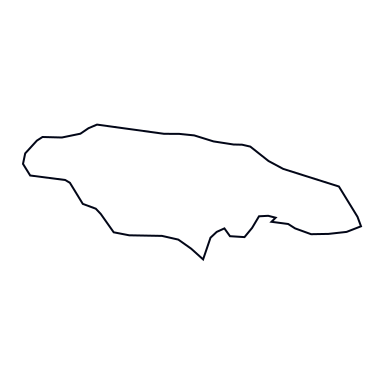 Jamaica, Mercator projection
{"feature_id": "JAM", "entity_name": "Jamaica", "entity_type": "country or territory", "adm_level": 0, "iso_a3": "JAM", "parent_name": "North America", "parent_adm1": "", "projection": "mercator", "projection_center": [-77.28, 18.119], "detail": "fine", "context": "isolated", "style": "outline", "palette": "ink", "viewbox_px": 384, "rotation_deg": 0, "n_neighbors": 0, "source": "natural_earth", "source_scale": "50m", "svg_char_len": 690}
<svg xmlns="http://www.w3.org/2000/svg" viewBox="0 0 384 384"><path d="M194.2,135.4L213.5,141.4L233.5,144.5L242.1,144.7L250.3,146.6L268.5,161.0L283.2,168.9L338.9,186.5L357.5,216.8L361.0,226.3L346.6,231.9L328.5,233.9L311.1,234.2L295.1,228.4L288.2,224.0L271.5,221.8L275.6,217.7L268.2,215.8L259.0,216.3L252.1,227.9L244.5,237.1L230.0,236.2L224.4,228.4L216.7,231.9L210.5,237.7L203.1,259.4L191.2,248.7L178.3,239.6L162.0,235.9L129.2,235.3L113.7,232.3L100.8,214.0L95.8,208.7L82.8,203.9L69.9,182.8L65.2,180.0L30.2,175.5L23.0,163.9L25.2,153.4L36.9,140.6L42.5,137.0L61.9,137.5L80.4,133.7L88.5,128.2L97.0,124.6L164.0,133.8L179.4,133.9L194.2,135.4Z" fill="none" stroke="#020617" stroke-width="2"/></svg>